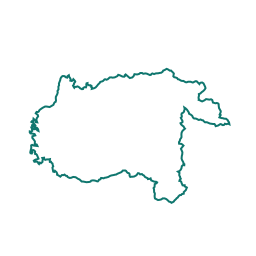 Itapetininga, São Paulo, Brazil (Albers equal-area conic projection), rotated 26°
{"feature_id": "56859067B64120734896846", "entity_name": "Itapetininga", "entity_type": "district", "adm_level": 2, "iso_a3": "BRA", "parent_name": "Brazil", "parent_adm1": "São Paulo", "projection": "albers", "projection_center": [-48.114, -23.635], "detail": "fine", "context": "isolated", "style": "outline", "palette": "teal", "viewbox_px": 256, "rotation_deg": 26, "n_neighbors": 0, "source": "geoboundaries", "source_scale": "gbopen_adm2", "svg_char_len": 5801}
<svg xmlns="http://www.w3.org/2000/svg" viewBox="0 0 256 256"><g transform="rotate(26 128 128)"><path d="M217.5,80.2L216.3,78.6L215.3,78.1L214.1,77.2L212.0,76.7L210.3,77.5L209.0,77.6L207.7,78.1L205.5,78.4L205.6,75.8L204.5,75.8L204.4,73.4L204.0,72.2L201.1,70.2L199.8,68.3L199.0,66.8L198.0,66.4L196.8,66.6L195.9,67.4L193.2,67.9L191.4,65.9L190.0,65.8L189.1,66.6L188.2,67.0L185.5,67.8L184.6,69.6L183.0,71.6L182.0,71.7L180.5,71.6L179.2,71.8L179.0,70.9L178.3,70.2L177.9,69.3L177.7,68.0L176.8,66.4L177.9,65.3L178.5,63.5L179.3,62.1L179.9,60.5L180.1,59.5L180.2,58.2L179.2,57.1L176.3,54.8L174.8,54.6L173.7,55.2L172.9,56.2L172.9,57.2L169.2,55.9L168.1,56.4L166.4,58.7L165.0,58.9L163.9,59.0L161.7,60.1L160.7,61.2L159.6,61.6L157.2,61.4L156.0,62.0L154.8,62.2L152.4,62.0L151.4,62.3L150.3,61.6L148.8,61.7L147.3,62.1L146.1,61.7L145.3,58.9L144.1,58.4L141.4,57.5L140.6,58.1L138.0,57.8L136.8,57.9L135.5,59.9L134.5,60.9L134.4,62.4L133.6,63.8L132.2,64.7L131.3,65.5L129.1,66.7L127.8,68.1L126.0,68.3L125.4,69.1L125.3,70.1L124.5,70.8L121.2,70.9L119.7,71.3L117.9,72.6L116.6,72.4L114.9,73.2L114.3,74.5L113.0,75.7L112.0,76.2L110.2,76.8L110.3,78.9L109.7,80.7L107.7,82.3L102.4,80.9L102.0,81.9L102.5,82.7L102.1,83.6L100.4,84.2L97.5,84.2L95.9,84.5L95.7,86.0L93.9,88.3L92.1,89.5L90.8,89.8L89.4,90.6L88.4,93.1L87.4,94.1L86.4,94.1L85.6,94.6L85.0,96.6L84.3,97.5L83.5,98.1L82.8,98.9L82.8,100.0L82.0,102.1L81.8,103.4L81.1,105.8L80.1,107.1L78.3,108.7L77.9,107.3L76.8,107.2L76.7,106.2L75.5,106.0L74.5,106.7L72.3,106.5L71.9,105.4L71.2,106.0L71.4,107.1L72.2,108.4L72.4,109.9L71.1,110.3L70.2,111.6L70.5,112.6L69.6,113.3L67.5,113.3L66.7,112.9L65.3,112.7L64.2,112.8L63.6,113.6L62.3,114.3L62.1,115.4L61.2,114.9L60.0,114.0L60.3,112.7L59.9,111.6L60.3,109.5L59.6,108.9L57.5,108.1L57.5,109.7L56.6,110.5L55.4,110.7L55.3,109.5L53.9,108.4L52.8,107.9L51.7,106.5L50.9,107.9L51.2,109.4L49.6,109.7L48.5,109.2L47.6,109.4L46.3,110.1L45.7,111.9L45.7,113.3L46.1,114.7L46.4,118.3L47.3,119.8L47.3,121.3L48.6,123.8L48.4,125.7L49.3,126.9L49.6,128.8L49.5,131.6L50.0,132.8L51.2,134.8L51.5,136.2L50.9,136.9L50.7,138.1L50.8,139.9L48.4,143.5L45.4,144.4L44.1,145.0L42.4,147.3L41.0,149.8L40.5,151.1L40.6,152.2L40.0,153.2L38.8,153.6L38.6,155.2L41.3,155.9L42.1,156.9L41.7,159.3L41.9,160.2L42.5,161.4L43.9,162.7L42.3,163.2L41.6,162.1L40.6,161.6L39.0,161.1L39.9,163.9L38.7,164.0L38.5,164.9L40.4,165.0L42.4,165.6L43.5,166.3L42.5,166.8L41.1,166.8L40.5,167.6L41.2,168.6L42.7,167.8L44.0,167.8L45.2,168.5L45.4,169.5L44.1,170.3L42.6,170.3L41.6,169.4L40.9,169.9L41.8,170.6L43.2,172.5L42.6,173.8L41.2,174.1L41.6,175.0L42.7,175.6L44.3,175.0L46.7,174.4L47.9,175.3L45.7,177.3L46.3,178.8L49.4,180.3L50.3,181.0L51.1,183.1L53.3,182.9L54.5,183.9L51.0,185.1L49.2,185.2L48.6,186.1L49.8,188.3L50.8,192.7L51.5,193.4L52.7,193.1L52.8,191.7L51.5,190.9L52.2,189.4L53.3,189.3L54.8,189.8L55.4,191.3L56.0,192.1L56.9,191.7L57.9,192.1L61.0,194.8L60.2,195.8L59.0,196.7L58.1,197.8L57.7,198.7L58.7,199.4L60.7,198.2L62.0,198.2L62.9,199.1L63.9,199.4L64.0,197.7L65.2,197.9L65.7,196.8L66.0,195.9L65.4,194.7L65.3,193.6L64.1,192.5L65.6,191.5L66.3,192.7L67.6,192.9L68.5,192.0L70.5,191.0L71.5,190.2L72.0,191.7L72.6,192.7L73.6,192.1L74.5,192.8L75.7,193.0L76.5,194.2L77.6,195.2L77.4,196.6L78.0,197.5L79.9,200.0L81.0,199.8L81.1,198.5L83.2,199.1L84.4,200.1L84.7,201.1L86.3,201.1L88.5,201.4L89.2,199.3L90.7,198.6L91.4,197.7L93.0,198.2L94.2,197.8L95.2,198.5L97.3,198.5L98.6,197.8L100.2,196.0L102.5,195.2L105.4,195.6L107.0,195.5L109.9,196.4L111.1,195.8L114.5,194.9L116.8,193.5L117.8,192.6L118.0,191.5L119.0,190.7L120.5,190.0L122.1,189.6L123.5,189.5L124.3,189.2L124.6,188.2L124.6,187.2L125.7,186.2L125.7,184.7L127.0,184.2L128.2,183.9L128.8,183.0L130.0,182.2L131.8,180.6L132.8,179.0L133.9,177.9L136.1,176.3L136.7,175.7L137.7,175.1L138.6,173.7L141.2,170.8L141.7,169.8L141.9,168.6L144.1,167.4L145.0,167.4L146.4,168.2L147.4,168.5L148.5,168.2L149.7,168.8L150.3,170.2L151.5,171.0L152.4,170.3L153.3,169.9L154.8,168.9L156.0,167.3L156.5,166.1L156.6,165.1L156.8,164.2L158.0,163.9L159.2,164.4L160.7,163.3L161.7,163.7L163.2,163.7L164.6,164.5L166.5,164.6L167.6,164.5L168.3,165.2L169.8,164.2L170.4,163.4L171.8,164.9L173.9,164.8L175.2,164.7L176.8,164.0L178.0,164.1L177.9,165.1L176.6,166.7L177.7,169.3L177.3,170.8L178.2,171.6L179.6,174.2L180.7,174.9L181.3,176.1L181.6,177.2L182.2,178.3L183.1,179.5L186.5,179.6L187.9,178.7L189.2,177.6L190.1,176.0L191.8,175.2L193.5,175.1L194.9,175.4L197.3,176.2L198.8,175.8L199.8,176.2L200.8,175.0L201.4,174.0L201.5,172.9L202.3,170.9L202.5,169.8L203.2,168.7L203.3,167.4L203.9,165.7L205.1,165.0L205.3,163.9L206.9,162.6L206.2,161.2L207.2,158.5L207.0,155.7L204.5,155.6L204.0,154.6L202.2,155.6L200.0,153.7L199.3,152.9L198.3,152.7L197.4,153.0L197.2,151.7L197.7,150.5L196.6,149.7L196.0,148.8L195.0,148.3L194.4,147.2L194.0,145.8L192.0,145.3L193.0,144.3L193.5,143.2L193.7,141.9L193.7,140.8L193.1,138.7L193.7,137.2L194.9,136.8L194.5,135.8L193.4,135.6L192.9,134.7L190.5,133.0L189.5,131.9L188.6,129.5L188.3,127.9L187.5,125.9L186.4,124.9L184.7,123.5L184.9,122.3L185.6,119.5L184.0,119.0L182.9,118.9L180.8,119.7L180.0,118.3L180.2,116.9L179.8,115.2L180.1,113.9L180.1,112.8L178.7,110.1L178.2,108.5L178.3,106.5L179.5,103.6L178.7,103.3L177.2,102.2L176.2,102.1L174.1,101.5L173.1,100.7L174.4,99.0L174.0,97.9L171.0,95.7L171.4,94.7L171.2,93.7L170.2,92.7L169.9,91.3L170.8,90.1L171.2,88.7L170.8,87.7L170.8,86.3L169.7,84.9L171.1,85.1L173.0,85.7L175.9,87.4L176.6,88.4L178.8,88.5L180.4,88.9L181.8,90.1L183.2,90.5L184.8,89.8L186.0,89.7L187.9,89.8L188.7,89.3L189.5,88.5L190.8,88.6L192.1,88.2L193.1,88.7L194.8,89.1L195.8,88.5L196.7,88.2L199.6,88.1L202.8,87.1L204.0,86.5L205.4,87.3L206.0,87.9L207.8,86.4L209.3,84.0L210.5,83.7L211.5,84.0L212.4,83.6L213.1,82.9L213.2,81.7L214.8,81.4L216.1,80.2L217.5,80.2ZM45.2,168.5L46.2,167.8L47.7,168.5L48.8,169.9L47.4,169.9L46.3,168.7L45.2,168.5Z" fill="none" stroke="#0f766e" stroke-width="2"/></g></svg>